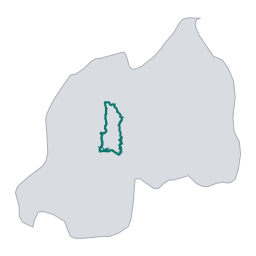 Muhanga, Southern, Rwanda (highlighted)
{"feature_id": "39286606B71619932434084", "entity_name": "Muhanga", "entity_type": "district", "adm_level": 2, "iso_a3": "RWA", "parent_name": "Rwanda", "parent_adm1": "Southern", "projection": "robinson", "projection_center": [29.724, -1.939], "detail": "fine", "context": "in_parent", "style": "outline", "palette": "teal", "viewbox_px": 256, "rotation_deg": 0, "n_neighbors": 0, "source": "geoboundaries", "source_scale": "gbopen_adm2", "svg_char_len": 6534}
<svg xmlns="http://www.w3.org/2000/svg" viewBox="0 0 256 256"><path d="M95.6,58.7L99.3,58.6L123.3,52.1L125.7,54.2L129.6,66.8L131.7,68.7L135.0,69.1L141.8,66.2L154.2,56.3L159.6,50.3L165.9,41.8L174.1,32.3L178.6,24.0L183.0,19.1L188.9,17.7L195.3,18.1L199.8,18.2L196.1,20.2L195.3,26.3L199.5,36.0L213.4,56.2L222.2,59.9L227.9,67.7L233.5,80.9L235.2,97.4L232.9,117.2L234.2,132.0L239.3,141.7L240.6,154.2L238.2,169.7L235.3,178.9L231.8,182.0L227.9,183.1L222.6,182.1L216.1,183.4L209.0,186.3L204.6,186.7L201.8,186.1L196.6,183.6L188.4,175.7L173.1,180.1L168.9,180.0L163.3,183.8L158.7,188.4L155.9,188.8L153.1,188.1L139.9,178.7L135.0,179.0L133.0,205.5L130.8,220.1L128.1,226.7L118.7,233.0L109.1,236.6L103.9,236.3L83.0,238.3L74.8,238.3L70.3,236.2L64.4,221.2L53.3,214.5L42.6,211.4L38.3,212.3L34.4,220.1L32.9,227.1L22.5,222.3L19.4,216.4L19.1,206.3L15.4,192.6L17.5,186.7L21.5,182.9L30.1,175.6L43.1,165.6L45.9,160.8L47.8,152.8L46.9,134.2L45.7,118.4L47.2,112.9L53.2,100.7L61.2,88.3L70.5,75.1L76.1,73.8L83.5,68.9L91.2,61.5L95.6,58.7Z" fill="#d9dde1" stroke="#a8b0b8" stroke-width="1"/><path d="M120.9,150.5L120.6,150.1L120.6,149.9L120.6,149.7L120.4,149.4L120.2,149.4L119.9,149.0L119.6,148.8L119.7,148.6L119.8,148.6L119.9,148.3L120.5,148.1L120.6,147.9L121.1,148.2L121.0,147.6L121.0,147.3L120.7,147.0L120.4,146.9L120.2,146.7L119.7,146.6L119.7,146.1L119.6,145.7L119.9,145.4L120.0,145.5L120.0,145.2L120.1,144.9L120.0,144.6L119.9,144.5L120.1,144.3L119.9,144.3L120.2,143.9L120.4,143.9L120.9,143.4L121.6,144.0L121.8,143.9L122.0,143.7L121.9,143.3L121.5,143.0L121.4,142.8L121.4,142.2L121.1,142.0L121.2,141.9L121.4,141.5L121.3,141.0L121.0,140.8L121.0,140.6L120.6,140.8L120.4,141.0L120.2,141.1L119.4,140.0L119.9,139.7L120.2,139.1L120.4,139.0L120.4,138.9L120.6,138.6L121.1,138.4L121.3,138.5L121.6,138.4L121.9,137.8L121.9,137.6L121.4,137.6L121.1,137.2L121.0,136.7L120.9,136.4L120.5,136.0L120.3,136.0L120.2,135.9L120.2,135.5L120.4,135.2L120.3,134.2L120.6,133.8L120.5,133.5L120.6,133.4L120.7,133.2L120.5,132.5L120.3,131.9L120.2,131.8L120.1,131.4L119.7,131.2L119.5,130.7L119.6,130.0L119.5,129.9L119.6,129.4L119.5,128.5L119.7,128.1L119.7,127.8L119.7,127.6L119.7,127.4L119.3,126.1L119.3,125.7L118.9,125.6L118.7,125.1L119.1,124.9L119.1,124.4L119.2,124.1L119.5,124.0L119.5,123.8L119.8,123.5L119.9,123.2L119.9,122.8L120.1,122.8L120.1,122.5L120.3,122.4L120.4,122.1L120.3,121.9L120.6,121.8L120.6,121.4L120.8,121.3L120.7,121.2L121.1,120.8L121.1,120.6L121.2,120.4L121.4,120.4L121.5,119.9L121.8,119.9L121.8,119.7L121.7,119.3L121.8,119.0L121.8,118.8L121.9,118.5L122.0,118.3L121.9,118.1L121.9,117.9L122.5,117.5L122.3,117.3L121.8,117.5L121.1,117.4L120.6,117.2L120.2,116.9L120.1,116.7L120.4,116.2L120.6,115.7L120.4,114.6L120.2,114.5L120.1,114.2L119.6,114.0L119.3,113.5L118.9,113.3L118.1,112.0L117.4,112.1L117.1,111.7L117.2,111.0L117.0,110.1L117.1,109.7L116.8,109.3L116.5,108.4L115.6,107.7L115.0,107.6L114.8,107.4L114.6,106.8L114.3,106.4L114.6,105.5L114.5,105.0L114.7,104.8L114.7,104.6L114.3,104.7L114.0,104.5L113.6,104.7L113.1,104.3L112.5,104.3L112.1,104.6L111.7,105.1L111.3,105.2L110.9,104.8L110.5,104.9L110.3,104.7L110.1,104.4L109.7,104.2L109.5,103.8L109.5,103.0L109.0,102.8L108.8,102.7L108.8,102.4L108.4,102.4L108.2,102.2L107.7,102.3L107.2,102.2L106.3,102.3L105.8,102.1L105.2,102.3L104.9,102.4L104.8,102.6L104.9,103.1L105.4,103.5L105.2,104.0L105.2,104.3L105.1,104.9L105.3,105.2L105.4,105.7L105.6,106.0L105.6,106.4L105.9,107.3L106.1,107.4L106.2,107.5L106.1,108.2L106.3,108.2L106.4,108.4L106.2,108.7L106.4,109.2L106.2,109.4L105.9,109.5L106.0,110.0L105.9,110.8L106.3,111.4L106.2,111.6L106.2,112.0L105.9,112.0L105.9,113.1L106.1,113.0L106.3,113.7L106.0,113.8L106.0,114.1L105.8,114.2L105.7,114.6L105.4,114.7L105.7,115.4L105.6,115.6L105.6,116.0L105.4,116.3L105.4,116.7L105.5,117.2L105.3,117.5L105.4,118.2L105.3,118.6L105.5,118.7L105.5,119.0L105.8,119.2L105.7,119.5L106.1,120.4L106.1,120.9L105.9,121.5L106.1,121.7L106.3,122.7L106.6,123.0L106.4,123.5L106.1,123.6L106.1,124.2L106.0,124.5L106.3,124.8L106.2,125.0L105.8,125.3L105.6,125.4L105.0,126.0L105.1,126.4L105.3,126.5L105.1,127.1L105.3,127.8L105.0,128.3L105.1,129.1L105.4,129.4L105.7,129.4L106.1,129.6L106.3,130.1L106.4,131.0L106.3,131.3L105.9,131.8L105.5,132.6L104.9,132.6L104.8,132.8L104.4,132.8L104.3,133.1L103.9,133.0L103.7,133.2L103.4,133.2L103.3,133.4L103.1,133.5L102.7,133.2L102.6,133.3L101.6,132.9L101.4,132.9L101.1,132.8L100.9,132.8L100.7,133.1L100.7,133.6L101.1,134.2L101.3,134.3L101.5,134.5L101.8,134.6L102.0,134.8L102.1,135.1L102.1,135.3L102.3,135.4L102.3,135.5L102.1,135.8L102.0,136.0L101.8,136.0L101.7,136.2L101.6,136.7L101.5,137.0L101.4,137.1L101.6,137.3L101.7,138.1L101.9,138.2L101.9,138.4L101.7,138.5L101.4,138.9L101.7,139.1L101.8,139.5L101.7,139.8L101.8,140.3L101.6,140.6L101.6,140.9L101.7,141.0L102.0,141.0L102.1,141.5L102.3,141.5L102.2,141.9L102.5,142.1L102.6,142.4L102.5,142.5L102.3,142.7L102.4,142.8L102.2,143.0L102.3,143.5L102.2,143.7L102.0,143.8L101.9,144.0L102.1,144.3L102.0,144.5L102.3,144.6L102.2,144.8L101.9,144.9L101.8,145.2L101.8,145.6L102.0,145.7L101.9,145.8L101.9,146.1L101.6,146.1L101.4,146.2L101.4,146.4L101.5,146.8L101.3,146.7L101.2,146.9L100.9,146.9L100.8,147.5L100.5,147.3L100.4,147.5L100.4,147.8L100.7,147.8L100.7,148.1L100.3,148.2L100.3,148.4L100.2,148.7L99.9,148.5L100.1,149.0L100.1,149.6L99.9,149.7L99.8,149.3L99.7,149.2L99.6,149.4L99.6,149.7L99.8,149.8L99.8,150.0L100.0,150.1L100.3,150.5L100.0,150.6L100.0,150.8L99.6,150.8L99.6,151.0L99.8,151.3L99.9,151.5L99.9,151.4L100.2,151.4L100.3,151.6L100.9,151.3L101.0,151.3L101.1,151.1L101.3,151.2L101.5,151.2L101.8,151.0L102.0,151.0L102.3,151.0L102.9,151.2L103.2,151.2L103.6,151.1L103.8,151.0L104.0,150.6L104.0,150.3L104.5,151.0L104.8,151.2L105.6,151.3L105.5,150.6L105.5,150.1L105.5,149.5L105.7,149.4L105.7,149.5L106.0,149.5L106.2,149.4L106.3,149.3L106.5,149.4L106.8,149.4L106.8,149.5L106.9,149.4L107.1,149.3L107.0,149.5L107.4,149.6L107.4,149.8L107.3,150.1L107.5,150.3L107.3,150.3L107.6,151.0L107.8,151.2L107.7,151.3L108.0,151.5L108.1,151.4L108.3,151.3L108.6,151.3L108.6,151.2L108.9,151.2L109.1,150.9L109.2,150.7L109.3,150.6L109.7,150.6L109.9,150.4L110.2,150.6L110.4,150.3L110.6,150.3L110.9,150.2L111.0,150.3L111.5,150.2L112.0,150.4L112.2,150.2L113.1,151.1L113.6,151.0L113.8,151.5L114.5,152.0L115.0,152.5L115.8,152.6L116.0,152.9L116.8,153.2L117.0,153.8L117.6,154.3L118.2,154.5L118.7,154.3L119.0,154.4L119.3,154.6L119.5,154.5L119.6,154.3L119.5,153.9L119.7,153.6L120.1,153.4L119.7,152.8L119.6,152.4L120.5,152.3L120.9,151.8L121.2,151.8L121.2,151.7L121.4,151.7L121.3,151.2L121.1,151.2L120.9,150.7L120.9,150.5Z" fill="none" stroke="#0f766e" stroke-width="2"/></svg>